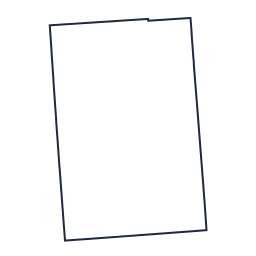 Beaver, Oklahoma, United States of America (Albers equal-area conic projection), rotated 86°
{"feature_id": "52423323B54206730940034", "entity_name": "Beaver", "entity_type": "district", "adm_level": 2, "iso_a3": "USA", "parent_name": "United States of America", "parent_adm1": "Oklahoma", "projection": "albers", "projection_center": [-100.56, 36.751], "detail": "fine", "context": "isolated", "style": "outline", "palette": "slate", "viewbox_px": 256, "rotation_deg": 86, "n_neighbors": 0, "source": "geoboundaries", "source_scale": "gbopen_adm2", "svg_char_len": 845}
<svg xmlns="http://www.w3.org/2000/svg" viewBox="0 0 256 256"><g transform="rotate(86 128 128)"><path d="M235.4,56.8L234.7,56.8L215.8,56.8L209.8,56.8L193.6,56.9L192.6,56.9L192.2,56.9L190.5,56.9L111.5,57.5L111.2,57.5L102.5,57.6L93.8,57.7L93.0,57.7L83.5,57.8L70.2,57.9L65.2,57.8L63.2,57.9L54.1,57.9L52.2,57.9L42.9,58.0L34.7,57.9L31.9,57.9L22.6,58.0L22.4,100.3L20.6,100.3L20.1,198.9L24.2,198.9L28.2,198.9L36.0,198.9L41.5,198.9L43.5,198.9L49.6,199.0L53.7,199.0L54.4,199.0L63.8,199.0L72.3,199.0L75.8,199.1L87.4,199.1L89.5,199.1L102.2,199.1L104.2,199.1L104.3,199.1L105.5,199.1L112.7,199.1L116.1,199.1L116.3,199.2L118.2,199.2L136.6,199.1L138.2,199.1L141.1,199.1L142.8,199.1L150.8,199.1L156.9,199.1L160.8,199.1L163.2,199.0L166.1,199.0L195.6,198.9L216.3,198.8L235.9,198.7L235.9,172.2L235.4,56.8Z" fill="none" stroke="#1e293b" stroke-width="2"/></g></svg>